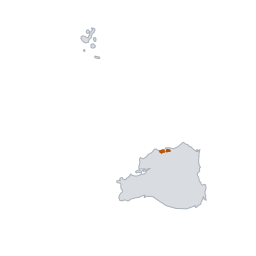 Sucre, Manabi, Ecuador (highlighted), rotated 56°
{"feature_id": "8360857B16036105102773", "entity_name": "Sucre", "entity_type": "district", "adm_level": 2, "iso_a3": "ECU", "parent_name": "Ecuador", "parent_adm1": "Manabi", "projection": "natural_earth1", "projection_center": [-80.333, -0.56], "detail": "fine", "context": "in_parent", "style": "filled", "palette": "amber", "viewbox_px": 256, "rotation_deg": 56, "n_neighbors": 0, "source": "geoboundaries", "source_scale": "gbopen_adm2", "svg_char_len": 5290}
<svg xmlns="http://www.w3.org/2000/svg" viewBox="0 0 256 256"><g transform="rotate(56 128 128)"><path d="M231.5,103.6L230.8,104.2L229.1,104.4L227.8,103.9L227.2,103.9L227.1,104.4L228.9,105.7L229.8,108.1L231.0,109.5L231.8,110.2L231.9,110.7L231.6,111.7L231.6,112.4L232.0,116.0L231.7,116.3L230.7,116.3L230.0,115.6L227.9,124.5L221.3,133.4L213.8,139.7L205.2,143.3L198.9,145.8L197.9,146.8L194.8,151.2L194.6,151.7L195.1,152.4L195.1,152.9L194.6,153.2L194.2,153.2L193.9,152.5L193.5,151.9L193.0,151.8L192.7,151.9L192.7,152.4L192.1,154.8L192.0,156.0L191.8,156.4L191.8,157.5L191.1,158.4L190.6,160.0L190.1,160.5L189.5,163.0L188.5,165.5L188.4,166.4L188.7,167.0L188.8,167.5L188.4,169.0L186.2,170.5L185.6,171.2L185.4,172.0L185.5,172.7L185.4,173.3L184.7,173.5L184.0,175.0L183.5,175.3L182.1,174.8L181.0,174.8L180.2,174.3L178.7,172.0L178.1,170.6L177.9,168.6L176.3,167.4L174.3,167.7L173.7,167.3L172.2,166.5L171.0,165.5L170.0,165.1L169.3,165.3L168.0,166.9L166.9,167.5L166.4,167.5L165.7,167.0L165.6,166.5L167.3,163.8L166.0,163.7L165.6,163.2L165.5,162.5L165.3,161.8L165.6,160.9L166.2,160.4L167.2,160.8L167.9,160.8L168.4,160.0L169.3,159.4L169.5,158.9L169.0,157.6L168.9,156.9L169.0,156.5L169.0,155.1L168.7,154.5L168.7,153.7L168.4,153.3L168.3,152.3L167.6,151.8L169.7,150.8L170.5,150.1L171.4,149.4L172.2,148.4L172.8,147.4L174.0,142.8L175.2,139.9L175.0,138.5L174.0,136.6L173.8,133.9L173.9,133.0L173.8,132.4L173.1,133.5L173.3,137.6L172.7,139.4L171.9,139.9L171.4,139.6L171.7,136.6L171.1,137.1L170.1,139.2L168.6,140.7L168.5,141.2L168.2,141.8L167.0,141.2L166.1,140.6L163.1,137.2L161.1,136.5L159.9,135.4L159.7,134.9L159.6,134.2L160.8,133.5L162.0,132.5L162.1,130.4L162.1,128.8L161.2,126.0L161.6,122.4L161.4,120.9L160.3,117.9L161.1,116.4L163.9,115.3L164.7,114.5L165.4,112.1L166.0,110.7L167.2,111.2L168.2,111.2L166.9,110.6L165.8,108.5L165.6,107.5L167.7,104.5L168.8,103.7L170.1,102.2L171.2,99.8L171.4,96.1L171.0,93.4L170.6,90.6L171.3,89.8L173.0,89.5L174.4,88.5L175.0,87.7L176.7,87.8L178.5,86.5L181.5,85.9L185.7,84.4L186.6,83.1L186.2,80.7L187.8,82.1L188.5,83.3L190.6,84.5L193.2,86.7L194.8,87.9L196.6,88.9L199.3,90.0L200.9,89.8L201.6,91.5L202.2,92.0L203.7,92.5L203.9,92.7L204.4,95.8L204.8,96.3L206.1,96.8L207.7,97.0L208.3,96.9L209.8,97.7L212.0,98.4L212.7,98.5L213.1,98.4L213.2,98.1L213.9,98.1L214.8,98.5L216.2,98.6L217.1,98.2L217.2,96.5L217.6,96.1L218.5,95.5L219.0,95.6L221.6,97.0L222.1,97.5L222.8,98.4L224.0,99.9L225.3,100.8L227.3,101.2L229.3,102.6L231.5,103.6ZM28.9,101.7L29.6,102.6L30.1,105.3L32.6,108.2L32.9,109.8L32.7,110.5L32.8,110.8L34.1,111.9L34.9,113.1L33.5,115.9L30.7,117.0L27.6,117.0L27.0,116.7L26.2,115.6L26.0,114.7L26.5,113.8L28.1,112.4L30.5,111.2L30.8,110.3L29.8,109.4L29.1,107.6L27.6,106.3L26.9,102.4L26.4,102.2L25.3,102.8L24.8,102.3L24.7,102.0L25.9,101.2L26.1,100.5L27.7,100.2L28.4,100.7L28.9,101.7ZM40.7,113.4L40.1,113.4L38.1,112.0L38.2,110.6L39.0,109.7L41.6,109.2L42.6,110.1L42.5,111.7L41.7,113.0L41.0,113.2L40.7,113.4ZM170.1,145.7L169.9,146.2L168.6,146.2L168.3,146.0L168.6,143.3L168.9,142.5L169.9,141.6L170.7,141.2L171.8,141.3L172.9,142.0L171.6,143.4L170.6,143.8L170.1,145.7ZM26.9,108.8L25.6,109.1L24.6,108.6L24.1,107.8L24.0,106.6L24.1,106.2L26.5,105.8L27.2,106.8L27.2,108.2L26.9,108.8ZM52.4,115.4L50.9,116.0L50.0,115.5L50.0,115.1L50.8,114.2L51.6,113.7L52.3,112.7L53.6,112.0L54.0,112.2L54.3,112.4L54.4,112.8L53.9,113.6L53.1,114.2L52.4,115.4ZM37.7,107.0L37.1,107.4L34.7,106.9L34.0,106.1L34.6,104.9L35.1,104.4L36.5,104.9L38.0,106.2L37.7,107.0ZM39.6,121.7L39.1,121.8L38.4,121.1L38.9,120.0L39.9,120.6L40.2,121.0L39.6,121.7ZM185.6,83.7L184.9,83.8L184.5,83.1L185.4,82.3L185.7,82.1L185.6,83.7Z" fill="#d9dde1" stroke="#a8b0b8" stroke-width="1"/><path d="M165.5,114.8L165.8,114.8L165.8,114.7L166.0,114.7L166.3,114.5L166.5,114.5L166.5,114.4L166.8,114.2L166.9,113.9L167.0,113.9L166.9,113.8L167.0,113.8L167.1,113.7L167.3,113.4L167.4,113.2L167.5,113.0L167.5,112.9L167.6,112.7L167.6,112.4L167.7,112.2L167.4,112.0L167.3,111.9L167.2,111.7L167.0,111.8L166.9,111.8L166.8,111.6L166.7,111.6L166.5,111.4L166.4,111.4L166.4,111.2L166.4,110.9L166.2,111.0L166.0,111.3L165.9,111.3L165.8,111.5L165.7,111.7L165.6,112.1L165.5,112.4L165.4,112.7L165.4,112.8L165.3,113.1L165.2,113.5L165.2,113.8L165.2,114.0L165.3,114.0L165.2,114.0L165.3,114.0L165.2,114.1L165.3,114.1L165.3,114.3L165.4,114.5L165.5,114.6L165.5,114.8L165.5,114.8ZM170.7,105.7L170.7,105.8L170.4,105.8L170.2,105.8L170.1,106.0L169.9,106.1L169.7,106.2L169.7,106.3L169.5,106.2L169.4,106.2L169.3,106.3L169.3,106.2L169.2,106.2L169.2,106.3L169.2,106.2L169.2,106.3L169.3,106.3L169.4,106.5L169.2,106.5L168.9,106.8L168.7,106.8L168.7,106.7L168.6,106.8L168.6,107.0L168.4,107.0L168.2,107.1L168.1,107.3L167.9,107.4L167.8,107.5L167.9,107.8L167.9,108.0L168.0,108.0L168.0,107.9L168.0,108.0L168.2,108.3L168.3,108.4L168.3,108.5L168.5,108.6L168.8,108.8L168.8,108.7L168.8,108.8L168.8,109.0L169.0,109.3L169.1,109.2L169.3,109.1L169.4,108.9L169.4,108.7L169.4,108.4L169.5,108.3L169.6,108.2L169.6,107.8L169.6,107.6L169.7,107.4L169.8,107.4L170.0,107.2L170.0,107.3L170.1,107.2L170.1,106.9L170.4,106.7L170.5,106.5L170.5,106.4L170.5,106.2L170.6,105.9L170.7,105.7ZM167.5,111.8L167.5,111.7L167.4,111.7L167.4,111.8L167.4,112.0L167.5,112.0L167.8,111.9L167.8,111.7L167.7,111.8L167.5,111.8ZM167.4,111.6L167.5,111.7L167.5,111.8L167.7,111.7L167.4,111.6Z" fill="#f59e0b" stroke="#b45309" stroke-width="1.5"/></g></svg>